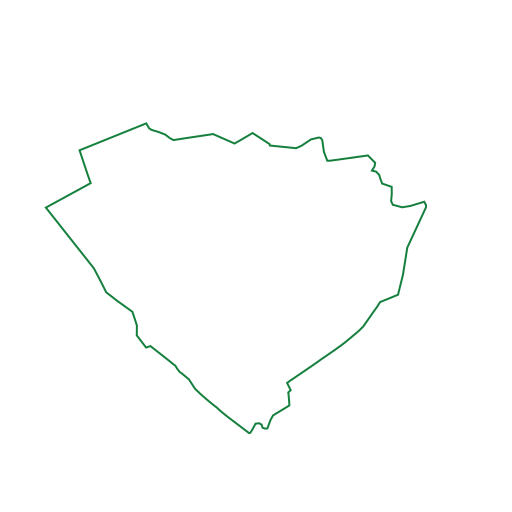 outline of Sana'a City Outskirts - Hamdan, Sana'a, Yemen, rotated 68°
{"feature_id": "15242507B72853055261657", "entity_name": "Sana'a City Outskirts - Hamdan", "entity_type": "district", "adm_level": 2, "iso_a3": "YEM", "parent_name": "Yemen", "parent_adm1": "Sana'a", "projection": "natural_earth1", "projection_center": [44.145, 15.413], "detail": "fine", "context": "isolated", "style": "outline", "palette": "green", "viewbox_px": 512, "rotation_deg": 68, "n_neighbors": 0, "source": "geoboundaries", "source_scale": "gbopen_adm2", "svg_char_len": 2192}
<svg xmlns="http://www.w3.org/2000/svg" viewBox="0 0 512 512"><g transform="rotate(68 256 256)"><path d="M242.7,104.3L236.1,111.9L231.4,111.8L228.1,111.5L226.9,111.4L222.8,113.0L220.3,116.5L217.2,112.4L214.2,110.6L204.7,114.6L195.5,151.3L194.4,154.2L184.8,154.0L173.6,151.2L170.9,151.7L169.7,153.3L168.5,161.3L170.9,172.9L170.9,174.0L171.0,176.7L171.1,178.4L158.8,201.7L157.3,201.5L140.7,213.1L142.4,224.3L143.6,233.1L143.7,233.7L126.9,250.1L121.3,273.3L117.6,289.1L114.5,291.7L109.5,294.6L104.5,299.9L101.7,303.4L100.0,305.5L97.8,307.2L91.9,308.1L91.9,332.8L91.9,338.5L91.9,339.0L91.9,352.4L91.9,361.7L91.9,380.0L117.7,381.6L119.8,381.7L126.5,382.0L132.4,432.7L206.5,411.0L210.0,410.6L223.1,409.3L233.5,408.5L245.6,401.5L254.8,395.7L261.4,391.5L270.9,392.1L275.9,392.5L283.8,395.8L284.9,396.3L299.7,392.2L300.0,387.6L316.8,378.0L321.3,375.4L324.5,373.7L327.4,371.9L330.3,371.4L331.5,371.2L334.9,370.2L335.3,370.0L335.7,369.7L336.1,369.4L336.9,368.9L340.4,367.0L342.5,365.9L345.2,364.4L354.6,362.6L356.1,362.2L356.5,362.2L361.0,360.1L362.0,359.7L362.7,359.4L365.0,358.2L365.9,357.8L370.2,355.6L371.7,354.8L373.6,353.8L376.7,352.1L377.9,351.4L380.7,349.8L381.4,349.3L384.3,348.0L385.6,347.4L389.0,345.6L394.0,342.8L417.7,328.7L417.8,327.7L417.0,326.4L414.6,323.2L411.3,319.3L411.6,318.6L411.6,317.7L411.9,317.1L412.0,316.7L412.2,315.9L412.6,315.4L413.8,314.6L414.4,314.0L415.0,314.0L416.8,314.2L417.6,314.2L418.3,313.6L419.6,311.9L419.8,311.4L420.0,310.7L420.1,310.0L417.0,307.2L415.5,305.8L413.5,304.0L410.2,299.9L409.4,295.4L409.4,295.0L409.3,294.5L407.1,281.1L404.1,280.0L396.9,277.8L395.2,277.3L394.6,277.2L393.4,274.1L385.3,274.7L384.6,271.9L383.2,265.3L383.0,264.5L379.8,249.8L379.5,248.5L378.7,244.7L378.5,243.9L376.8,236.5L376.3,234.7L375.5,230.9L373.8,223.4L372.3,216.7L371.7,214.5L371.1,211.7L369.3,205.3L365.8,194.4L365.1,192.1L364.4,190.1L363.8,188.4L361.5,182.9L359.6,180.0L354.0,171.4L351.4,167.4L351.1,166.9L348.5,162.8L345.2,158.2L345.2,157.6L345.1,138.7L344.1,138.1L328.5,126.8L304.9,112.6L274.7,80.3L272.5,79.3L268.7,79.7L268.5,82.3L267.4,94.2L265.6,102.2L260.4,109.1L259.9,109.9L255.8,110.2L249.4,106.9L242.7,104.3Z" fill="none" stroke="#15803d" stroke-width="2"/></g></svg>